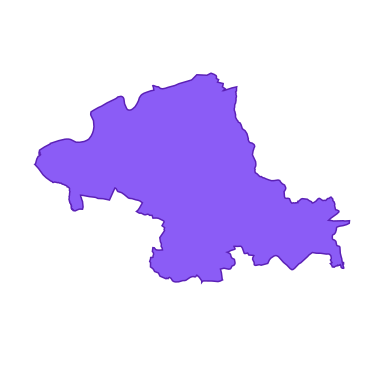 Arroyohondo, Bolívar, Colombia (Natural Earth projection), rotated 255°
{"feature_id": "7082276B96996063551718", "entity_name": "Arroyohondo", "entity_type": "district", "adm_level": 2, "iso_a3": "COL", "parent_name": "Colombia", "parent_adm1": "Bolívar", "projection": "natural_earth1", "projection_center": [-75.04, 10.243], "detail": "fine", "context": "isolated", "style": "filled", "palette": "violet", "viewbox_px": 384, "rotation_deg": 255, "n_neighbors": 0, "source": "geoboundaries", "source_scale": "gbopen_adm2", "svg_char_len": 6026}
<svg xmlns="http://www.w3.org/2000/svg" viewBox="0 0 384 384"><g transform="rotate(255 192 192)"><path d="M135.7,328.9L137.1,327.4L137.6,326.3L138.0,326.1L141.9,326.2L143.3,326.8L145.6,326.7L147.3,325.8L148.7,326.2L151.1,325.0L151.1,324.3L150.3,322.6L150.6,321.9L150.5,321.1L149.2,319.0L149.6,318.1L149.9,316.1L152.7,313.7L153.0,313.1L152.7,311.8L151.1,309.4L150.3,307.0L150.2,305.6L150.4,305.2L151.7,304.9L153.4,302.9L155.2,301.5L157.0,296.9L157.0,295.7L155.3,292.2L155.5,291.8L154.4,291.5L154.7,291.0L154.4,290.3L154.8,289.3L154.6,288.7L155.4,286.9L155.2,286.5L155.5,285.4L157.0,284.8L160.3,284.4L161.1,283.1L161.5,281.2L162.3,280.2L163.6,280.1L168.7,281.1L169.1,281.8L170.6,283.2L171.5,283.6L172.5,283.6L174.8,283.2L176.5,281.4L178.4,280.3L180.4,279.7L181.3,278.3L181.8,274.0L182.4,271.6L183.8,269.4L185.7,266.7L186.8,265.5L187.5,264.1L189.0,262.9L189.1,262.1L189.5,261.4L192.7,259.6L194.3,258.1L196.3,258.2L197.5,258.8L198.6,258.6L200.6,260.3L202.4,260.9L204.9,261.3L212.3,260.0L216.0,261.7L217.7,262.9L218.1,263.0L219.6,264.3L221.0,264.4L221.8,264.2L223.7,262.7L224.6,260.9L225.8,260.1L228.1,259.8L228.8,260.2L234.1,260.2L237.5,259.1L240.1,257.0L244.2,256.8L246.3,256.3L247.5,254.8L248.8,254.7L250.1,254.0L253.0,253.4L255.4,254.1L258.7,254.2L259.7,254.0L261.6,254.4L262.8,255.1L265.3,255.9L266.6,257.1L269.3,258.3L271.6,258.9L272.3,259.5L273.4,259.8L274.8,259.7L276.2,260.2L277.3,260.0L277.6,260.2L278.1,261.1L281.2,262.0L282.0,262.4L282.2,257.5L281.7,248.8L281.8,248.4L283.1,250.8L285.7,248.6L287.4,249.7L288.7,250.2L291.5,245.1L293.6,246.8L295.3,244.9L297.1,245.5L298.2,245.4L299.9,243.8L301.8,241.2L301.8,240.7L300.9,236.7L304.0,227.0L300.7,221.4L300.3,220.3L300.0,207.4L299.3,203.0L299.3,196.1L299.1,193.1L299.3,190.3L300.2,188.3L302.2,186.9L303.0,184.9L304.7,182.5L304.9,181.9L304.8,181.6L303.4,181.8L300.2,181.5L300.4,178.5L300.1,174.0L299.8,171.1L299.2,169.0L298.6,167.8L296.7,165.6L294.0,163.9L291.5,161.7L289.1,159.1L287.7,156.4L287.2,154.9L287.1,153.4L287.5,152.1L288.4,150.9L290.0,150.4L294.6,149.7L299.5,150.3L300.8,150.1L301.9,149.5L302.8,148.2L303.0,145.0L302.1,143.2L301.6,141.1L300.1,133.1L298.3,126.7L297.8,123.4L296.4,118.0L295.5,115.2L293.5,114.3L292.2,114.2L286.4,115.3L280.4,114.2L276.8,112.6L274.5,111.1L272.3,109.2L269.7,105.9L269.1,103.7L268.7,101.0L269.1,96.4L270.1,92.9L274.1,88.4L275.1,86.4L275.6,84.5L275.9,82.7L276.1,76.5L275.6,67.7L275.1,67.5L273.7,61.2L271.9,55.6L269.6,54.4L269.5,54.8L270.9,55.3L270.0,55.2L269.5,55.4L269.3,55.3L269.5,55.0L269.3,54.9L268.5,55.1L268.4,54.8L268.7,54.6L268.2,54.1L267.1,56.0L267.4,55.3L266.7,54.5L266.2,52.6L264.0,50.6L259.5,48.0L259.4,47.3L254.5,49.8L247.2,52.6L243.6,54.8L239.2,58.4L238.3,59.6L237.3,60.0L237.1,60.6L237.2,62.0L236.0,64.2L235.7,64.9L235.8,65.3L234.9,66.4L234.3,68.0L233.3,68.6L232.4,70.2L231.7,70.8L231.5,71.3L230.2,72.7L229.2,72.8L229.0,73.5L227.6,74.5L226.8,74.6L225.3,74.0L224.1,74.2L222.7,73.5L220.5,72.8L219.4,72.1L219.0,72.2L216.4,71.2L215.2,71.4L214.9,71.2L214.4,71.4L213.2,71.2L211.8,71.8L211.0,71.6L210.7,72.0L209.2,71.9L208.7,71.7L209.7,71.6L207.5,71.2L207.2,71.4L207.8,71.6L206.7,71.5L207.1,71.3L206.4,71.4L205.8,72.0L206.2,71.9L205.9,72.2L206.1,72.3L204.5,73.2L204.9,72.6L204.6,72.8L204.0,74.4L204.5,77.1L204.6,79.0L203.7,81.8L205.7,82.9L211.1,83.8L213.6,83.5L215.0,83.6L216.0,83.3L217.8,83.5L216.6,86.5L214.1,91.6L212.3,96.2L211.6,97.7L210.1,99.5L208.5,104.5L205.6,110.2L215.8,118.5L215.5,119.1L214.4,119.7L212.3,120.2L211.6,120.6L209.6,123.8L207.1,125.9L202.7,129.0L201.9,130.3L201.1,132.4L199.0,135.7L197.9,137.9L196.9,139.3L194.4,141.3L190.1,137.1L188.3,134.9L187.6,133.3L185.5,135.3L185.1,135.9L184.7,137.5L182.4,140.0L182.0,141.3L182.1,143.2L181.5,144.4L180.5,144.9L179.8,147.4L176.9,147.5L176.0,151.2L175.2,152.9L171.4,157.2L170.3,157.3L167.2,154.3L164.7,156.3L162.9,155.3L161.8,155.5L156.3,149.1L152.2,148.6L149.8,149.0L147.5,148.1L145.6,148.7L143.7,148.5L144.4,145.0L145.2,142.8L145.9,142.0L147.9,141.1L148.4,139.8L144.8,138.3L143.4,139.0L141.8,138.8L140.3,137.8L139.1,137.4L139.0,136.7L139.5,135.4L139.4,135.1L138.0,134.6L135.8,133.1L134.6,133.7L130.4,132.5L128.3,134.2L127.0,134.8L124.9,135.3L122.5,138.6L119.0,139.3L114.9,144.5L115.3,145.3L114.5,146.4L115.2,147.2L115.4,148.1L114.0,149.4L111.3,150.2L110.1,151.4L109.4,152.8L108.7,155.9L108.8,160.2L108.4,161.7L108.3,163.2L110.0,168.1L110.2,170.0L110.0,171.4L109.2,172.9L109.2,173.5L110.4,175.2L107.8,176.9L106.5,177.4L103.6,178.4L102.2,178.0L103.1,179.2L103.1,180.3L100.8,188.4L98.7,194.0L98.7,196.2L99.2,198.8L99.9,198.6L106.3,199.5L110.2,199.5L110.1,203.2L108.0,207.4L107.8,208.8L108.0,209.5L108.5,210.1L110.1,211.4L110.4,213.6L111.5,214.9L112.8,215.3L116.0,215.5L117.5,213.8L118.3,213.3L119.9,213.0L121.3,213.1L122.7,212.7L124.7,210.4L124.7,211.4L125.4,214.3L125.6,218.6L126.1,218.9L128.6,218.5L128.4,219.7L127.7,221.7L127.1,224.7L126.7,225.4L125.1,226.1L119.2,226.6L118.8,227.2L118.6,230.0L116.4,230.6L114.9,234.9L114.6,235.3L112.6,233.6L111.2,233.1L107.9,233.8L105.7,233.3L104.9,233.9L104.6,234.7L104.4,238.1L103.4,239.9L103.4,246.7L106.4,249.2L107.7,251.0L108.9,254.5L109.0,256.0L108.7,257.1L107.3,258.7L100.3,262.2L96.7,264.8L92.6,267.0L91.1,268.4L91.0,269.4L91.7,271.3L94.9,276.5L95.5,278.8L99.7,286.9L100.9,288.7L102.4,292.6L100.7,296.3L99.5,300.5L97.4,305.4L96.7,308.1L96.0,308.9L94.4,309.6L92.3,309.5L91.4,309.2L90.5,308.1L87.5,308.9L87.1,307.1L85.4,307.9L83.3,308.2L83.4,308.9L82.6,309.6L82.6,310.0L83.1,311.0L83.2,312.6L83.6,313.6L83.0,313.8L83.3,315.2L83.0,315.8L83.5,316.4L83.0,316.7L80.5,316.6L79.4,317.5L79.1,318.6L79.3,319.0L83.2,318.9L83.1,319.6L84.2,319.6L84.2,320.1L84.7,320.1L84.9,318.9L89.2,319.4L90.3,319.3L94.6,319.4L100.5,320.6L101.4,320.2L102.6,318.3L103.3,318.0L107.1,318.2L108.7,317.2L109.6,315.9L110.5,315.5L112.7,316.0L113.8,316.5L114.3,317.3L114.5,318.6L115.7,320.1L118.1,321.6L120.0,322.3L120.6,323.0L120.8,325.7L120.4,329.2L120.5,333.0L121.1,335.8L123.5,336.7L124.4,332.1L125.1,330.6L127.4,321.0L128.3,319.4L129.3,316.6L130.7,319.2L133.5,326.6L134.8,328.8L135.7,328.9Z" fill="#8b5cf6" stroke="#5b21b6" stroke-width="1.5"/></g></svg>